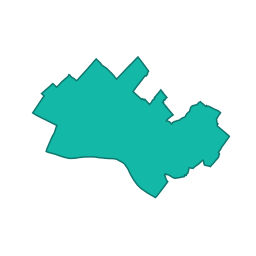 outline of Kota Mojokerto, Jawa Timur, Indonesia, rotated 217°
{"feature_id": "22746128B53956788697299", "entity_name": "Kota Mojokerto", "entity_type": "district", "adm_level": 2, "iso_a3": "IDN", "parent_name": "Indonesia", "parent_adm1": "Jawa Timur", "projection": "orthographic", "projection_center": [112.435, -7.471], "detail": "fine", "context": "isolated", "style": "filled", "palette": "teal", "viewbox_px": 256, "rotation_deg": 217, "n_neighbors": 0, "source": "geoboundaries", "source_scale": "gbopen_adm2", "svg_char_len": 5437}
<svg xmlns="http://www.w3.org/2000/svg" viewBox="0 0 256 256"><g transform="rotate(217 128 128)"><path d="M186.3,87.2L186.1,86.5L185.6,84.5L184.6,81.9L184.0,80.0L183.7,78.8L183.6,77.1L183.2,74.9L182.8,73.0L182.3,71.1L181.9,69.4L181.2,66.6L180.8,64.9L180.1,62.3L179.2,60.0L177.0,60.6L173.6,62.0L170.6,63.2L166.4,64.5L163.4,65.5L160.0,66.8L159.7,67.0L157.1,68.1L155.1,69.5L151.8,72.3L149.1,75.2L145.3,78.7L140.2,82.7L136.6,85.2L132.7,87.2L130.5,88.7L128.4,89.8L126.8,90.9L123.7,92.9L122.7,93.8L119.3,95.8L118.2,96.2L117.3,96.4L115.9,96.5L113.7,96.9L112.5,97.1L111.7,97.3L108.9,97.1L103.4,95.3L100.3,93.6L96.6,91.8L92.0,89.9L86.3,88.2L80.8,87.5L80.0,87.6L74.1,87.8L71.3,88.1L71.1,88.1L70.1,88.2L68.2,88.5L65.8,88.8L65.2,88.8L64.2,89.0L64.1,89.7L64.0,91.4L63.9,98.7L63.9,109.0L65.7,109.5L67.4,110.4L69.0,111.6L70.3,112.1L70.3,112.4L70.3,112.8L70.5,113.1L70.7,113.4L70.7,113.7L70.5,113.9L70.1,113.8L69.7,113.7L69.5,114.1L69.3,114.2L68.6,114.3L68.4,114.6L66.6,115.1L64.3,115.3L62.8,115.4L62.5,115.4L60.6,115.9L58.7,117.6L56.9,119.5L55.4,121.3L55.1,121.7L54.9,121.8L54.3,122.5L53.9,122.9L54.0,123.6L54.3,123.9L54.5,124.5L53.7,124.8L53.2,124.8L53.0,125.0L53.0,125.5L53.5,126.5L53.5,126.8L53.1,127.5L53.2,128.4L53.8,129.9L54.8,132.0L55.3,133.1L54.8,133.3L53.7,133.8L53.1,134.2L51.8,134.8L51.3,137.6L50.8,139.1L50.4,140.3L50.0,141.5L49.8,142.3L49.8,142.5L49.3,144.9L49.1,146.6L48.8,147.4L47.8,147.1L46.4,145.6L46.0,145.7L45.4,144.9L44.9,144.5L44.2,144.5L42.6,145.3L40.8,146.1L40.4,146.3L40.2,146.6L39.0,146.7L38.9,148.3L38.8,149.5L38.5,152.4L38.5,154.3L38.2,157.3L38.2,159.6L38.7,160.4L38.9,160.5L39.0,160.6L39.1,160.9L39.1,161.8L39.2,162.1L39.4,162.4L40.0,162.7L40.7,162.7L41.1,162.7L41.2,163.5L41.2,164.8L41.2,166.3L41.2,166.8L41.3,167.5L41.6,168.0L41.6,168.6L41.7,169.7L41.7,169.9L41.7,172.2L41.7,174.0L41.7,174.3L41.8,176.4L42.0,176.7L42.0,177.2L41.9,177.7L41.8,178.0L41.9,179.5L41.9,180.2L41.9,181.1L42.0,182.3L42.4,182.4L44.5,182.6L54.8,183.2L56.1,183.2L57.6,183.4L58.4,183.7L58.7,184.0L58.6,185.4L60.0,185.6L60.8,186.5L61.3,187.0L62.8,188.5L62.9,190.1L62.9,190.3L63.1,190.3L63.1,191.3L63.1,191.9L63.1,192.3L63.2,192.9L63.2,193.4L63.2,193.5L63.1,194.5L63.2,195.3L63.3,195.9L65.4,196.0L66.2,196.0L67.3,195.8L68.3,195.5L71.5,194.8L73.7,194.5L76.7,193.9L77.2,193.6L77.6,193.3L77.8,192.9L77.9,192.7L78.7,193.2L79.0,192.1L81.2,192.2L82.0,192.2L82.6,192.4L82.8,192.4L83.4,192.2L85.9,192.6L86.0,192.6L86.7,191.0L86.8,190.3L86.8,189.8L87.0,188.4L87.3,187.7L88.4,186.4L89.5,185.1L90.1,183.9L90.3,182.8L90.2,181.8L89.9,180.9L89.6,180.3L89.2,179.3L89.1,179.0L88.8,178.4L89.1,177.5L89.3,176.8L89.4,176.2L89.6,175.1L89.4,172.9L89.1,171.4L89.7,169.9L90.2,169.6L90.7,168.4L91.2,167.2L91.3,166.6L91.5,166.2L91.7,165.1L92.7,164.0L93.6,162.7L94.1,162.0L94.7,161.2L95.2,160.3L95.5,159.5L95.5,158.6L95.5,157.5L96.0,157.5L96.4,157.6L96.7,157.7L97.1,157.8L98.4,157.9L99.8,157.6L100.9,157.2L101.5,156.8L101.6,157.1L101.7,157.4L101.9,157.6L101.8,158.2L101.0,161.8L99.8,165.6L106.3,167.0L107.4,167.3L110.0,167.7L109.9,168.0L110.6,168.1L111.5,168.3L114.7,169.1L115.3,169.2L115.0,169.4L114.9,169.7L115.4,170.2L115.5,170.3L116.0,171.0L116.3,171.9L116.1,172.3L115.6,172.2L115.4,172.5L115.6,173.6L115.6,174.3L115.6,174.7L115.4,175.0L115.3,175.8L115.8,175.8L117.0,176.2L118.3,176.4L121.2,177.2L121.5,177.4L121.6,177.2L124.7,178.2L124.8,174.5L125.0,171.6L125.0,169.7L125.3,168.4L124.9,168.0L124.5,167.6L124.3,167.3L124.4,166.8L124.8,166.5L124.9,166.2L125.1,164.3L124.9,163.9L124.7,162.4L124.8,161.5L125.0,160.6L125.1,159.7L125.4,159.8L125.8,159.9L127.5,160.2L129.5,160.6L131.0,160.9L131.8,161.1L132.0,160.0L134.1,160.2L134.3,160.1L134.2,159.0L140.7,159.6L145.9,160.1L145.9,162.4L146.0,162.4L146.0,163.5L146.0,163.8L146.0,164.6L146.0,167.1L146.0,168.4L145.9,169.5L145.9,169.8L145.9,170.2L145.9,170.4L145.9,170.5L145.9,172.1L145.8,174.0L145.9,175.0L145.8,177.9L145.9,178.8L145.9,179.9L145.0,180.2L144.8,180.3L144.9,180.9L144.8,181.7L144.8,181.8L144.7,182.2L145.7,184.2L145.7,184.7L145.7,184.8L145.6,185.5L146.0,185.9L146.6,186.1L146.8,186.1L147.3,186.2L147.8,186.4L148.2,186.5L148.7,186.7L150.8,187.3L151.4,187.5L152.1,187.7L153.2,188.0L155.0,188.6L162.8,190.7L163.3,187.1L163.7,183.4L164.1,180.5L164.3,178.7L164.4,178.8L165.6,168.0L166.6,160.1L167.0,160.3L168.2,160.4L170.8,161.3L171.6,161.4L171.8,161.5L172.2,161.5L172.3,161.6L175.0,162.0L175.4,162.0L176.4,162.1L176.6,162.2L177.5,162.3L178.5,162.4L179.2,162.5L180.4,162.7L181.2,162.8L181.9,162.7L182.0,162.7L182.6,162.7L182.8,162.7L183.7,162.6L184.7,162.6L186.1,162.5L186.4,162.5L186.7,162.5L186.9,162.5L187.4,162.6L187.8,162.8L188.2,163.0L188.5,163.2L189.2,163.3L190.5,163.4L192.5,163.7L194.9,164.0L195.3,160.6L195.4,158.5L195.5,156.1L195.6,155.6L195.9,150.9L196.4,145.7L196.8,141.4L197.3,136.2L197.4,135.5L197.5,135.0L197.8,134.8L199.1,134.8L200.6,135.0L201.8,134.9L203.0,134.7L203.8,134.6L205.0,134.9L206.1,135.2L206.8,135.2L207.3,135.1L207.3,134.9L207.2,134.4L206.9,133.6L207.0,132.6L207.6,130.2L208.1,127.7L208.7,125.0L208.8,123.7L209.3,119.1L209.5,117.7L214.8,118.2L215.0,117.6L215.5,114.2L216.6,109.2L217.8,103.5L216.4,103.3L214.9,103.2L214.1,103.1L214.1,102.8L214.2,102.4L214.2,101.4L214.3,100.9L214.3,100.4L214.2,99.3L214.1,98.3L213.2,82.7L208.8,83.1L204.1,83.9L203.0,84.1L201.9,84.3L199.1,84.9L198.6,85.0L197.3,85.2L196.1,85.4L194.4,85.7L193.6,85.9L193.5,86.0L193.0,86.0L192.3,86.1L191.5,86.2L190.6,86.4L189.6,86.6L188.6,86.8L187.4,87.0L186.3,87.2Z" fill="#14b8a6" stroke="#0f766e" stroke-width="1.5"/></g></svg>